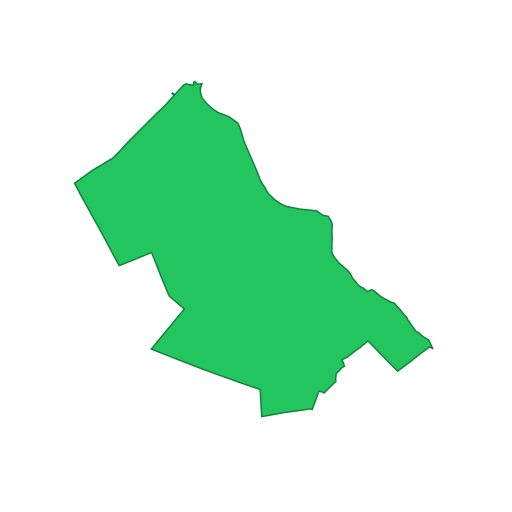 Adunatii-Copaceni, Giurgiu, Romania (orthographic projection), rotated 14°
{"feature_id": "2599482B97048996480927", "entity_name": "Adunatii-Copaceni", "entity_type": "district", "adm_level": 2, "iso_a3": "ROU", "parent_name": "Romania", "parent_adm1": "Giurgiu", "projection": "orthographic", "projection_center": [26.057, 44.248], "detail": "fine", "context": "isolated", "style": "filled", "palette": "green", "viewbox_px": 512, "rotation_deg": 14, "n_neighbors": 0, "source": "geoboundaries", "source_scale": "gbopen_adm2", "svg_char_len": 4673}
<svg xmlns="http://www.w3.org/2000/svg" viewBox="0 0 512 512"><g transform="rotate(14 256 256)"><path d="M300.4,410.5L301.7,409.9L313.2,404.7L321.4,401.0L337.4,394.7L338.5,394.2L341.1,393.1L344.2,391.7L345.3,391.3L346.4,391.3L347.7,391.3L349.8,371.7L355.5,372.3L355.9,371.6L356.2,370.7L357.6,368.4L358.8,366.5L361.1,362.7L363.7,358.6L363.9,358.2L363.7,357.9L363.2,356.9L363.1,356.5L362.9,355.2L362.8,354.1L362.2,350.5L362.8,349.7L364.7,347.0L365.5,345.1L366.1,343.7L367.2,342.8L368.3,341.6L368.5,341.5L367.8,340.4L367.0,339.2L365.7,337.4L364.5,335.9L366.6,334.1L367.9,332.8L368.3,332.7L368.6,332.6L369.0,332.2L369.4,331.4L369.9,330.7L372.3,328.0L375.4,324.0L380.2,318.4L380.2,317.9L381.7,315.9L382.6,315.1L383.8,313.3L384.9,311.9L385.2,311.5L386.7,312.3L387.8,312.9L390.1,314.3L392.8,316.0L398.5,319.6L399.0,319.9L401.9,321.7L404.1,323.0L406.5,324.5L409.7,326.4L412.9,328.4L415.8,330.1L417.6,331.2L420.8,333.2L421.3,333.5L426.2,327.5L426.4,327.3L428.4,324.8L429.8,323.1L430.6,322.1L431.6,320.9L432.0,320.4L432.3,320.1L432.5,319.8L432.6,319.5L432.8,319.2L433.1,318.9L433.4,318.6L433.3,318.4L434.0,317.6L435.7,315.5L436.1,315.0L436.2,314.8L437.4,313.4L438.2,312.3L439.7,310.3L441.6,308.1L444.0,305.1L445.9,302.9L446.3,302.4L447.2,302.4L448.5,302.7L448.9,302.8L449.3,303.0L449.7,303.0L449.1,302.1L448.1,300.8L447.6,300.3L446.9,299.5L444.3,296.0L444.2,295.9L441.2,294.9L437.7,293.8L435.6,292.8L433.1,291.5L431.8,290.8L431.2,290.7L430.0,290.6L429.1,290.1L426.4,287.8L423.2,285.1L421.2,283.1L419.5,281.8L418.4,281.0L417.4,279.4L416.4,278.6L413.7,277.1L410.6,274.6L407.4,272.2L404.6,270.7L402.8,269.0L401.6,268.3L399.9,268.2L398.7,268.2L394.5,267.2L389.6,266.0L385.2,264.4L383.1,263.3L378.6,261.1L376.5,260.6L372.9,263.4L371.6,263.0L367.6,261.1L365.6,260.9L361.8,259.2L357.6,255.9L354.8,254.0L353.9,252.6L352.0,250.7L349.5,248.5L346.9,247.0L343.5,245.5L340.5,243.9L337.4,242.3L335.7,240.7L332.9,238.8L329.0,234.6L328.1,232.4L327.9,230.4L326.9,226.7L325.6,220.3L323.1,211.4L322.7,207.7L321.1,204.6L319.5,202.9L316.5,200.0L311.3,200.4L304.2,197.6L299.2,198.1L287.1,199.9L273.1,200.5L268.7,199.7L268.2,199.6L267.3,199.3L262.5,197.6L261.1,197.1L260.4,196.8L259.9,196.5L258.0,195.4L255.3,193.8L254.7,193.5L252.9,192.4L251.4,190.9L250.0,189.8L249.1,188.3L244.5,184.2L241.7,181.0L233.9,170.2L233.3,169.5L220.1,152.2L216.9,148.0L210.3,136.8L207.5,133.0L205.9,131.3L205.1,131.0L204.0,130.5L199.1,128.6L196.2,127.4L190.0,126.6L184.9,126.1L178.9,124.0L172.1,120.5L165.4,115.7L162.3,110.1L161.5,106.9L161.9,101.9L157.7,103.6L154.6,101.5L153.4,102.7L153.8,104.0L154.0,105.4L151.0,105.7L148.9,105.9L147.6,106.0L146.7,105.8L146.6,105.7L144.5,107.4L143.6,109.0L141.3,113.3L138.3,118.7L138.1,119.1L135.7,118.0L135.3,118.7L137.7,119.8L137.1,121.1L133.5,127.8L131.7,131.3L124.4,142.9L123.6,144.3L115.6,157.5L105.4,174.4L103.4,177.9L97.8,188.4L92.4,197.2L92.2,197.4L91.8,197.3L91.6,197.3L91.2,197.7L87.8,201.2L84.3,204.8L81.3,207.8L80.5,208.5L77.0,212.0L75.9,213.2L73.0,216.7L72.4,217.3L72.1,217.7L70.1,220.1L67.8,222.8L66.5,224.4L64.7,226.5L63.2,228.2L62.3,229.3L62.5,229.6L63.2,230.3L64.2,231.4L66.0,233.4L68.8,236.5L70.5,238.5L71.6,239.7L72.4,240.6L74.2,242.5L75.5,243.9L76.1,244.6L77.8,246.4L79.1,247.8L79.3,248.0L80.4,249.2L81.4,250.2L82.1,251.1L82.6,251.6L83.2,252.2L84.6,253.7L86.1,255.4L90.0,259.5L93.5,263.2L97.0,267.0L101.3,271.7L102.3,272.7L104.0,274.7L104.2,274.9L104.6,275.4L105.6,276.4L106.7,277.7L108.4,279.5L110.1,281.4L112.3,283.8L114.6,286.4L118.5,290.7L122.3,294.8L125.6,298.4L128.1,296.6L130.7,294.7L133.4,292.8L135.9,291.0L137.0,290.2L137.6,289.8L142.5,286.2L148.3,281.9L151.8,279.3L153.8,277.9L153.9,278.0L154.2,278.4L157.1,282.4L160.0,286.5L161.8,289.0L164.8,293.2L169.3,299.5L171.1,301.9L171.2,302.1L172.1,303.3L175.2,307.5L178.9,312.5L180.0,314.0L180.5,314.5L181.2,315.3L181.6,315.9L181.7,316.0L181.8,316.1L182.2,316.3L184.5,317.4L189.4,319.8L195.0,322.6L199.3,324.8L198.2,327.1L196.3,331.0L193.6,336.6L191.5,341.0L189.2,345.9L187.0,350.4L184.3,356.1L183.5,357.7L183.5,357.8L183.3,358.2L182.0,360.9L180.6,363.9L179.5,366.2L178.9,367.5L178.0,369.4L176.9,371.6L177.3,371.7L178.3,371.8L179.7,372.0L183.4,372.5L186.8,373.0L187.9,373.0L189.0,373.2L189.7,373.3L189.9,373.3L191.5,373.5L195.6,374.1L200.9,374.8L201.1,374.8L202.1,375.0L203.3,375.1L205.4,375.4L208.7,375.8L208.8,375.8L209.2,375.9L212.3,376.3L217.6,376.9L225.1,377.9L231.0,378.6L236.2,379.2L236.3,379.2L236.9,379.2L239.4,379.5L243.1,379.9L249.2,380.5L256.0,381.2L258.7,381.4L258.9,381.5L263.1,381.9L268.0,382.4L272.7,382.9L281.6,383.6L286.0,384.0L292.2,384.4L293.5,388.3L296.0,396.3L296.9,399.2L298.1,403.0L298.9,405.4L300.0,409.1L300.1,409.3L300.4,410.5Z" fill="#22c55e" stroke="#15803d" stroke-width="1.5"/></g></svg>